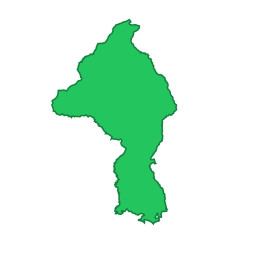 Tuluá, Valle del Cauca, Colombia (Albers equal-area conic projection), rotated 242°
{"feature_id": "7082276B54316712133185", "entity_name": "Tuluá", "entity_type": "district", "adm_level": 2, "iso_a3": "COL", "parent_name": "Colombia", "parent_adm1": "Valle del Cauca", "projection": "albers", "projection_center": [-76.017, 4.037], "detail": "fine", "context": "isolated", "style": "filled", "palette": "green", "viewbox_px": 256, "rotation_deg": 242, "n_neighbors": 0, "source": "geoboundaries", "source_scale": "gbopen_adm2", "svg_char_len": 5806}
<svg xmlns="http://www.w3.org/2000/svg" viewBox="0 0 256 256"><g transform="rotate(242 128 128)"><path d="M57.9,77.0L58.0,78.4L56.2,79.6L55.1,81.4L55.5,83.7L57.0,83.0L57.8,83.8L56.2,85.3L55.9,86.1L56.0,86.8L57.0,88.3L56.8,89.2L53.9,89.6L52.9,91.6L50.8,92.1L49.6,93.8L48.3,94.2L46.3,96.2L46.7,98.5L46.4,99.4L45.0,100.9L43.8,101.7L43.2,101.3L43.5,99.0L41.5,96.7L42.1,94.4L41.5,94.0L39.9,96.0L37.5,97.8L36.5,97.9L36.9,98.4L39.4,99.0L39.4,99.6L36.7,102.6L35.0,103.9L33.6,104.7L31.3,105.4L32.4,107.1L31.9,108.8L32.2,109.9L31.3,111.3L31.7,112.1L34.3,113.3L34.7,111.0L35.3,110.0L36.0,109.7L38.7,113.4L38.5,114.2L36.6,113.4L35.0,113.4L33.6,115.4L34.0,116.0L36.7,116.8L38.3,119.0L38.1,119.7L37.1,121.0L36.5,123.3L37.8,123.6L37.8,124.3L39.1,124.3L39.2,123.8L40.2,124.5L46.9,126.3L48.0,127.6L48.7,127.9L49.6,127.8L50.3,128.5L50.7,128.3L52.2,129.3L52.9,129.2L53.6,128.6L54.5,129.0L54.7,129.4L56.3,129.4L56.4,129.7L57.9,130.1L58.1,129.6L59.4,129.8L60.1,128.7L62.7,129.3L62.9,128.9L64.5,128.9L64.8,128.4L66.1,128.9L66.9,128.3L69.7,127.4L72.1,127.3L71.9,127.8L76.0,129.3L75.9,129.6L76.4,129.7L77.7,129.5L78.0,128.8L78.6,128.6L80.5,128.9L81.1,128.6L81.5,128.9L83.2,128.7L83.9,129.4L84.4,129.1L85.6,131.6L85.8,133.6L84.7,134.9L83.9,134.8L83.7,135.9L84.8,135.7L88.1,136.5L88.6,135.7L88.5,134.5L89.2,133.6L89.5,133.4L90.8,133.9L91.2,135.2L92.1,136.2L92.5,137.6L93.2,137.9L93.2,139.0L94.1,139.7L94.3,141.4L95.1,142.1L95.3,142.8L95.9,142.9L96.3,143.7L97.1,144.0L98.2,145.5L98.8,147.8L99.9,148.6L100.6,150.2L100.4,151.6L101.2,152.0L101.2,152.6L101.9,152.8L102.1,153.4L103.8,154.1L104.6,155.0L106.1,155.0L108.4,156.1L108.8,156.8L112.1,158.1L113.7,159.3L114.6,159.2L114.7,159.8L115.8,160.0L116.3,160.9L118.9,161.8L119.4,165.0L120.0,165.9L119.6,166.7L120.3,167.1L120.4,168.1L119.9,169.0L120.3,170.2L120.2,171.2L119.3,171.6L119.2,173.5L119.7,174.3L119.6,175.2L120.5,175.8L121.3,179.2L121.8,179.7L123.4,179.9L125.5,181.6L127.9,180.6L130.2,181.3L132.7,180.9L133.8,182.0L137.5,181.2L139.2,181.9L141.7,182.2L143.6,181.5L145.3,181.8L145.9,182.7L148.1,183.9L150.1,183.9L151.1,183.4L152.4,183.6L152.8,183.2L154.7,184.1L156.4,183.5L157.3,182.8L157.8,183.1L158.1,182.7L158.7,182.7L160.0,181.6L160.2,180.8L161.2,179.7L163.0,179.0L163.8,179.1L164.9,178.7L167.3,179.1L168.0,178.7L169.9,179.1L170.9,179.9L172.2,179.5L174.2,180.1L174.3,179.7L174.9,179.5L176.5,180.3L178.2,180.6L179.3,179.5L180.5,179.0L182.2,179.8L182.3,180.2L183.3,179.9L183.8,180.1L184.8,178.6L185.8,178.5L185.9,177.7L186.5,177.6L187.0,177.0L186.9,176.4L188.1,175.2L189.0,175.1L188.9,174.6L189.3,174.8L189.9,174.1L191.3,173.7L193.1,172.7L195.0,172.4L197.1,171.4L199.4,172.0L200.9,171.1L203.4,171.4L204.4,171.9L204.5,172.4L205.0,172.3L205.5,172.6L206.1,174.3L207.7,176.5L210.0,177.9L209.9,181.9L210.7,184.4L212.7,186.0L215.7,183.0L217.0,179.8L218.8,178.1L219.5,178.0L220.2,178.4L220.3,180.2L221.1,180.4L223.1,180.0L222.9,176.6L223.8,173.5L223.6,171.4L224.2,169.5L224.0,168.6L224.7,165.9L223.7,164.3L223.7,163.4L222.7,161.3L220.5,160.1L218.9,157.9L218.9,155.7L217.9,154.4L218.0,153.9L216.1,151.8L215.8,151.0L215.2,150.7L214.8,149.0L214.0,147.7L214.8,145.7L214.6,145.1L216.0,143.0L216.0,141.9L216.7,141.1L214.3,138.1L212.9,137.1L211.8,134.7L210.8,133.6L210.4,132.5L209.4,132.3L210.2,130.6L209.9,130.4L210.9,129.4L210.2,127.6L210.8,125.4L210.6,125.1L211.0,124.5L210.7,124.0L211.1,123.6L210.7,123.2L210.9,122.9L210.5,122.1L210.0,121.8L210.4,121.1L209.7,120.5L210.0,119.9L208.8,119.4L208.7,118.7L207.8,118.4L208.1,117.8L208.7,118.0L208.9,117.7L208.4,116.3L208.5,115.4L206.8,114.4L206.4,113.6L204.3,112.0L203.6,110.9L202.9,110.7L198.3,111.1L194.9,110.1L194.3,110.6L193.7,110.5L192.6,109.6L192.3,107.9L192.9,106.3L192.3,104.5L191.7,103.7L191.4,101.9L191.9,96.9L191.0,93.9L189.5,91.3L191.7,89.1L192.8,85.8L193.8,84.9L193.6,83.8L191.3,82.5L188.9,80.0L187.9,77.1L187.9,74.3L187.3,73.6L185.4,73.5L184.0,71.6L178.8,70.8L178.1,70.0L176.6,71.5L173.9,71.6L173.6,72.3L172.2,73.1L171.4,74.0L171.1,75.1L171.4,76.4L170.8,76.3L170.0,77.6L169.1,77.4L168.1,80.2L167.1,80.6L167.0,81.3L165.9,81.1L165.7,81.8L164.9,82.5L165.0,83.1L164.2,83.1L164.6,83.5L164.2,84.1L164.6,84.4L163.8,85.7L163.0,86.0L163.3,86.6L160.8,90.4L160.5,91.1L161.0,92.1L160.3,93.9L159.2,95.3L159.2,97.2L156.5,98.0L156.9,99.5L155.7,100.9L153.9,101.8L153.5,102.7L152.2,102.3L151.1,102.8L150.9,102.2L149.9,102.0L149.7,101.6L148.8,102.6L148.2,102.1L147.6,102.9L146.7,103.3L145.5,103.3L144.8,104.0L144.4,103.9L144.4,103.2L143.9,103.1L143.0,103.5L141.2,105.5L140.4,105.1L139.4,105.6L138.0,105.3L135.1,106.0L134.7,106.5L133.7,105.6L133.7,106.4L133.3,106.9L132.6,106.7L132.4,107.4L127.9,109.8L126.2,108.1L126.4,109.0L125.3,109.7L123.4,112.7L121.8,114.2L121.6,116.2L120.4,116.8L119.8,116.7L118.3,114.8L116.5,114.3L115.0,114.6L111.1,116.6L110.3,116.4L106.9,111.6L107.2,111.0L106.7,110.0L106.9,109.5L106.5,108.9L106.8,108.6L106.8,108.1L105.7,105.7L105.7,104.7L105.2,104.4L105.1,103.7L105.4,103.5L105.1,103.0L105.3,102.8L103.6,101.4L103.8,100.9L102.9,100.5L103.5,99.5L102.4,98.8L101.6,98.8L100.6,97.3L99.3,97.6L98.6,96.8L98.1,97.2L97.4,97.0L97.6,96.4L96.4,96.0L96.5,95.2L95.9,95.0L94.3,95.4L94.0,96.1L92.9,96.1L92.5,95.8L92.2,96.2L91.3,96.3L91.4,95.4L90.6,95.0L90.0,95.8L89.1,95.3L86.8,95.9L87.0,95.2L86.5,94.6L86.7,94.0L86.2,94.1L86.1,93.6L85.3,93.5L85.3,93.1L85.0,93.1L85.0,92.6L85.7,92.1L85.5,91.0L84.9,90.8L84.8,91.5L84.1,91.9L84.4,91.5L83.9,91.4L84.3,90.4L84.1,89.7L82.1,89.5L82.1,89.9L80.7,90.4L80.6,90.9L79.1,90.8L78.2,89.8L77.1,89.8L76.5,89.2L75.5,89.2L75.3,89.5L75.0,89.2L74.6,89.6L74.5,88.9L71.7,88.2L70.0,86.9L67.3,86.1L67.3,85.6L66.7,85.1L65.8,85.6L65.4,85.2L64.9,85.2L64.0,84.2L63.9,82.5L63.3,82.3L63.3,81.7L63.9,81.4L63.5,81.0L63.6,80.0L62.9,79.8L63.2,79.5L62.9,78.9L62.0,78.6L60.8,77.4L59.6,79.0L58.9,79.2L59.1,78.6L58.4,78.0L58.8,77.8L58.9,77.2L58.3,76.7L57.9,77.0Z" fill="#22c55e" stroke="#15803d" stroke-width="1.5"/></g></svg>